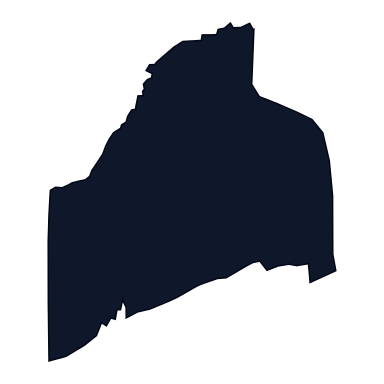 the district of Vahun, Lofa, Liberia
{"feature_id": "62588387B17909685690178", "entity_name": "Vahun", "entity_type": "district", "adm_level": 2, "iso_a3": "LBR", "parent_name": "Liberia", "parent_adm1": "Lofa", "projection": "robinson", "projection_center": [-10.503, 8.04], "detail": "fine", "context": "isolated", "style": "filled", "palette": "ink", "viewbox_px": 384, "rotation_deg": 0, "n_neighbors": 0, "source": "geoboundaries", "source_scale": "gbopen_adm2", "svg_char_len": 1517}
<svg xmlns="http://www.w3.org/2000/svg" viewBox="0 0 384 384"><path d="M253.9,29.1L253.0,29.4L249.7,23.3L240.8,27.5L233.2,27.7L230.4,23.0L224.4,28.2L218.2,29.4L216.6,34.6L211.6,34.9L202.2,34.9L201.3,40.4L192.0,41.0L189.2,41.1L182.8,41.5L173.9,47.1L156.9,61.8L154.6,64.6L149.6,64.7L146.1,70.6L152.2,73.6L151.6,77.8L147.2,79.7L143.4,84.1L144.4,89.0L142.6,91.4L143.2,95.6L138.0,95.9L135.8,106.9L135.6,109.5L133.3,109.5L131.6,110.0L128.9,114.3L127.5,116.8L126.1,122.1L121.6,124.8L120.6,128.3L117.8,130.0L113.5,132.8L109.0,139.6L105.7,146.2L102.8,154.0L98.2,161.1L91.8,170.7L89.7,176.3L85.3,179.8L78.2,181.3L72.0,182.9L68.7,184.8L62.3,187.7L55.4,187.3L50.4,190.3L49.9,198.0L49.4,207.4L49.0,214.4L48.8,220.4L48.6,228.3L48.2,240.8L48.3,302.1L49.0,361.0L49.5,360.8L65.8,356.4L84.6,345.1L96.4,335.6L99.0,329.1L101.5,322.7L104.4,324.5L106.4,325.8L110.8,318.0L115.3,319.3L116.9,309.7L120.5,309.7L121.3,306.2L122.5,300.0L126.1,307.2L126.2,314.7L126.2,317.9L137.6,311.9L149.7,309.1L168.8,301.2L177.7,297.0L196.8,286.1L201.3,284.1L217.4,278.5L226.1,277.8L227.8,276.8L240.1,269.6L246.8,265.7L251.4,263.3L252.9,262.5L259.8,261.1L261.4,263.1L267.0,270.3L268.3,269.8L277.6,266.1L279.1,265.8L287.6,264.4L289.0,264.2L296.7,265.6L308.5,263.7L308.5,264.7L309.0,269.8L309.6,276.3L310.1,282.5L315.0,280.2L335.8,270.7L332.8,254.4L332.7,234.9L332.6,196.0L329.3,160.8L322.8,132.8L318.4,127.4L318.1,127.0L312.0,119.5L296.9,112.2L277.5,103.8L259.8,96.8L259.3,96.6L251.7,84.4L253.9,29.1Z" fill="#0f172a" stroke="#020617" stroke-width="1.5"/></svg>